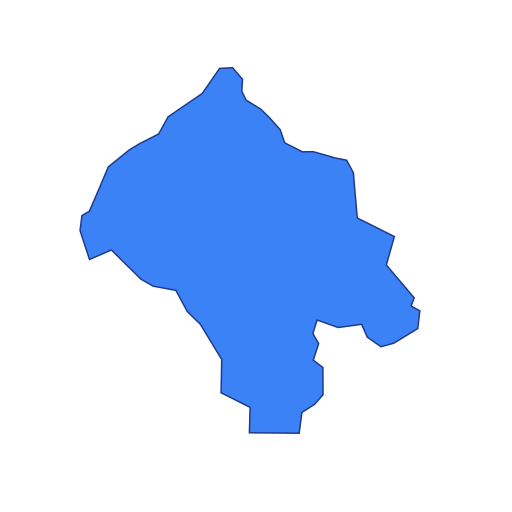 Pukë, Shkodër, Albania, rotated 291°
{"feature_id": "67620474B73280275449109", "entity_name": "Pukë", "entity_type": "district", "adm_level": 2, "iso_a3": "ALB", "parent_name": "Albania", "parent_adm1": "Shkodër", "projection": "mercator", "projection_center": [19.995, 42.061], "detail": "fine", "context": "isolated", "style": "filled", "palette": "blue", "viewbox_px": 512, "rotation_deg": 291, "n_neighbors": 0, "source": "geoboundaries", "source_scale": "gbopen_adm2", "svg_char_len": 1051}
<svg xmlns="http://www.w3.org/2000/svg" viewBox="0 0 512 512"><g transform="rotate(291 256 256)"><path d="M377.9,306.3L375.9,294.6L373.9,272.0L369.9,262.1L371.9,242.3L382.6,233.3L390.0,218.9L394.7,208.1L398.0,190.9L404.7,183.7L416.1,180.1L423.4,166.6L418.1,154.8L388.6,147.6L354.5,124.1L335.1,121.4L319.1,107.0L309.7,99.7L286.3,86.2L260.2,85.3L238.1,84.4L231.4,79.0L216.7,82.6L193.1,101.8L209.8,118.8L193.1,156.9L191.0,171.0L195.2,193.5L179.5,211.8L172.2,228.7L147.1,261.1L115.8,272.4L112.6,304.7L88.6,313.2L99.8,343.1L106.0,359.8L126.4,354.9L138.5,363.8L150.5,368.3L175.9,358.4L177.7,352.1L179.3,346.8L192.8,346.1L196.7,345.9L198.3,343.9L200.8,340.8L204.0,336.9L210.3,336.5L214.3,336.2L218.1,336.0L218.7,358.4L230.1,379.1L220.1,389.0L216.1,405.2L224.1,416.0L246.2,433.0L263.5,428.6L264.2,423.6L264.5,421.7L264.9,418.7L267.6,418.7L270.4,418.7L273.6,418.7L294.3,380.9L323.7,378.2L326.3,352.4L327.6,338.4L327.8,336.9L336.4,332.7L345.7,328.2L352.2,325.0L362.6,320.0L368.6,317.1L377.9,306.3Z" fill="#3b82f6" stroke="#1e3a8a" stroke-width="1.5"/></g></svg>